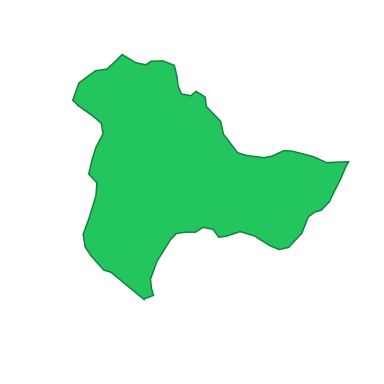 Gyeongsan-si, North Gyeongsang, South Korea (Robinson projection), rotated 107°
{"feature_id": "91817680B37299464646583", "entity_name": "Gyeongsan-si", "entity_type": "district", "adm_level": 2, "iso_a3": "KOR", "parent_name": "South Korea", "parent_adm1": "North Gyeongsang", "projection": "robinson", "projection_center": [128.804, 35.841], "detail": "fine", "context": "isolated", "style": "filled", "palette": "green", "viewbox_px": 384, "rotation_deg": 107, "n_neighbors": 0, "source": "geoboundaries", "source_scale": "gbopen_adm2", "svg_char_len": 1056}
<svg xmlns="http://www.w3.org/2000/svg" viewBox="0 0 384 384"><g transform="rotate(107 192 192)"><path d="M117.3,51.1L124.6,72.1L122.7,86.2L123.6,108.0L125.6,116.4L134.3,125.9L138.2,133.4L141.1,150.4L141.1,159.9L127.5,178.8L117.1,184.7L115.9,185.4L106.1,203.3L97.4,207.1L94.5,217.5L100.3,221.3L101.3,230.8L94.5,236.4L85.8,240.2L76.1,245.9L76.0,247.0L75.1,258.2L79.0,269.5L83.8,273.3L84.8,283.7L80.9,298.9L89.6,303.6L99.3,309.3L104.2,319.7L120.7,332.0L139.1,332.9L143.0,325.4L147.9,310.2L152.7,298.9L162.4,294.1L177.9,297.0L190.6,297.0L205.1,296.0L211.0,285.6L223.6,282.8L235.2,282.8L247.8,282.8L264.3,283.7L276.0,278.0L282.8,269.5L292.5,253.5L292.5,245.9L308.9,206.3L308.0,206.2L302.1,198.6L296.3,202.4L287.6,206.2L268.2,205.2L243.9,198.6L236.2,194.8L232.3,186.3L229.4,176.9L222.6,171.2L221.6,160.8L227.4,153.3L224.5,146.7L215.8,134.4L215.8,119.3L217.7,112.7L220.6,101.3L221.6,91.9L216.7,83.4L199.3,74.9L181.6,73.5L175.4,68.7L171.7,63.2L161.2,57.8L149.4,56.0L135.7,53.6L123.9,52.4L117.3,51.1Z" fill="#22c55e" stroke="#15803d" stroke-width="1.5"/></g></svg>